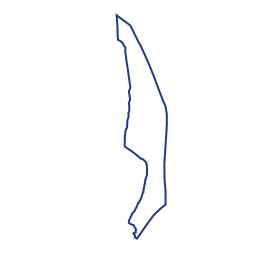 Makanza, Équateur, Democratic Republic of the Congo, rotated 126°
{"feature_id": "63176286B16264123188485", "entity_name": "Makanza", "entity_type": "district", "adm_level": 2, "iso_a3": "COD", "parent_name": "Democratic Republic of the Congo", "parent_adm1": "Équateur", "projection": "albers", "projection_center": [19.154, 1.264], "detail": "fine", "context": "isolated", "style": "outline", "palette": "blue", "viewbox_px": 256, "rotation_deg": 126, "n_neighbors": 0, "source": "geoboundaries", "source_scale": "gbopen_adm2", "svg_char_len": 2762}
<svg xmlns="http://www.w3.org/2000/svg" viewBox="0 0 256 256"><g transform="rotate(126 128 128)"><path d="M144.9,119.7L144.6,109.1L145.2,99.2L144.9,98.9L144.8,98.7L144.7,98.2L144.5,97.6L144.7,96.0L145.1,93.2L145.7,92.7L146.0,92.3L146.0,92.2L146.6,91.2L147.8,90.3L148.6,89.6L149.7,88.6L150.2,88.4L150.6,88.1L151.7,87.2L152.8,86.6L153.6,85.7L154.4,85.4L154.5,85.4L154.8,85.2L155.2,84.8L156.5,84.5L157.7,84.2L158.6,84.0L158.8,83.9L158.9,83.7L160.6,83.1L161.7,82.7L161.8,82.6L162.4,82.0L162.5,82.1L164.2,81.2L164.4,81.2L164.6,81.1L165.2,80.9L165.6,80.5L165.7,80.4L166.2,80.4L169.8,78.6L169.8,78.4L170.6,77.9L170.7,78.0L170.9,78.0L173.6,77.3L174.1,77.0L174.3,76.9L175.0,76.7L176.9,76.3L178.0,76.1L179.5,75.7L180.7,75.5L181.2,75.4L182.3,75.4L182.4,75.5L182.6,75.7L183.1,75.6L185.8,74.8L187.0,74.6L188.7,74.4L190.4,74.1L190.5,74.0L191.1,74.0L192.3,73.9L193.0,74.1L193.5,74.2L195.0,74.2L195.4,74.2L197.0,73.8L197.5,73.7L199.2,73.4L202.0,72.9L204.1,71.7L204.4,71.0L204.1,69.8L204.0,69.3L203.8,67.5L203.4,66.6L203.3,66.1L204.3,64.4L204.6,63.5L205.0,62.4L205.4,61.9L205.7,61.6L206.0,61.6L206.7,61.5L207.3,60.8L207.4,60.7L207.6,60.5L208.2,60.5L209.5,61.6L209.9,61.6L210.5,61.1L210.6,59.6L210.9,59.3L211.2,58.9L212.4,58.3L212.5,58.0L212.2,57.5L212.1,57.2L212.2,55.7L203.7,55.9L194.3,56.1L190.3,56.0L186.1,56.0L182.6,55.9L174.0,54.3L170.1,53.2L167.9,52.6L161.3,57.4L157.0,60.5L149.0,67.5L135.3,77.8L130.8,80.6L119.7,87.6L114.8,90.7L109.3,94.1L101.7,99.1L93.7,105.0L88.4,110.5L86.1,114.4L78.7,125.9L70.8,137.8L64.1,148.5L54.8,164.6L51.1,172.2L43.7,186.3L43.5,203.4L54.1,194.6L54.5,194.3L55.0,194.0L55.1,193.9L55.5,193.8L57.9,191.7L58.5,191.2L59.2,190.9L59.6,190.5L60.0,190.1L60.6,189.5L61.0,189.2L61.6,188.7L61.9,188.5L62.6,188.1L62.0,184.2L62.3,183.6L62.4,182.8L62.4,182.3L62.7,181.6L62.9,181.6L63.1,181.0L64.1,178.7L64.2,178.3L64.4,177.4L66.0,176.3L67.4,175.4L68.6,174.4L69.7,173.3L70.6,172.4L71.4,171.5L72.6,170.6L76.8,166.5L79.2,164.1L80.9,162.3L86.5,157.1L89.3,154.3L91.6,152.1L92.9,150.7L93.6,150.1L94.6,149.6L95.7,149.3L96.4,149.2L97.2,149.1L97.8,148.8L98.8,147.9L99.7,147.1L100.5,146.1L101.1,145.6L101.9,144.8L102.7,144.0L103.2,143.6L103.7,143.0L104.4,142.8L104.8,142.7L105.5,142.6L106.1,142.4L107.0,142.1L107.7,141.7L109.0,140.4L109.8,139.6L110.7,139.1L111.2,138.6L112.2,137.9L113.0,137.3L113.5,136.9L114.6,136.8L115.5,136.5L116.5,135.8L117.5,135.0L118.0,134.5L118.7,134.1L119.6,133.8L120.3,133.5L121.0,133.4L122.0,132.9L123.3,132.3L124.1,131.7L125.0,131.1L126.0,130.5L126.8,129.9L127.5,129.5L128.1,129.2L128.8,128.9L129.5,128.9L130.4,128.8L131.5,128.4L132.5,127.9L133.4,127.5L134.4,126.8L135.6,126.2L136.7,125.5L137.8,124.8L138.9,124.1L140.0,123.3L141.3,122.3L142.4,121.6L143.4,120.9L144.2,120.3L144.9,119.7Z" fill="none" stroke="#1e3a8a" stroke-width="2"/></g></svg>